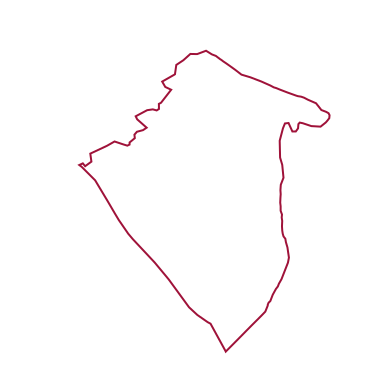 outline of Madagali, Adamawa, Nigeria, rotated 111°
{"feature_id": "59680162B31090464189446", "entity_name": "Madagali", "entity_type": "district", "adm_level": 2, "iso_a3": "NGA", "parent_name": "Nigeria", "parent_adm1": "Adamawa", "projection": "natural_earth1", "projection_center": [13.488, 10.795], "detail": "fine", "context": "isolated", "style": "outline", "palette": "rose", "viewbox_px": 384, "rotation_deg": 111, "n_neighbors": 0, "source": "geoboundaries", "source_scale": "gbopen_adm2", "svg_char_len": 1767}
<svg xmlns="http://www.w3.org/2000/svg" viewBox="0 0 384 384"><g transform="rotate(111 192 192)"><path d="M64.9,138.4L64.9,143.8L64.9,146.4L64.8,150.7L65.0,153.1L64.5,157.1L64.2,163.1L64.0,166.7L64.0,176.7L64.0,178.6L64.7,187.9L62.4,195.6L60.2,204.0L59.6,206.4L58.8,209.9L58.2,211.8L57.9,213.4L56.4,218.5L56.4,222.7L55.1,229.5L61.4,236.6L63.7,243.0L72.1,247.3L79.0,252.2L88.2,250.1L89.0,250.7L99.6,259.4L103.5,254.6L104.0,248.1L119.8,252.9L121.6,254.5L126.3,252.6L128.5,254.2L128.9,258.2L131.7,263.2L141.5,271.7L143.8,269.2L148.2,257.4L151.8,259.9L155.5,265.0L159.1,266.3L162.2,264.7L168.1,268.0L170.1,267.3L171.9,269.0L172.2,273.3L172.6,282.4L179.3,287.9L192.6,300.7L199.7,296.8L206.2,301.0L204.4,304.2L207.2,306.9L208.0,304.1L215.8,286.6L230.9,267.3L239.7,256.3L244.4,250.3L253.8,236.6L257.3,230.2L268.8,206.5L271.3,201.4L281.9,182.5L300.7,153.4L302.1,149.9L304.9,142.9L307.9,130.7L308.3,127.5L328.4,103.8L328.6,103.6L328.9,103.3L310.3,95.1L302.0,91.5L296.3,89.0L287.8,85.2L281.0,82.2L277.4,80.7L272.1,80.6L270.9,80.6L269.9,80.9L267.8,80.8L266.2,80.0L265.7,79.8L263.6,79.8L262.1,79.8L259.0,79.8L252.4,78.9L249.4,78.0L246.5,78.0L241.3,77.2L223.6,77.1L218.5,78.0L213.0,81.1L209.6,83.0L205.1,86.4L202.2,88.1L200.7,90.6L198.5,92.3L195.7,93.9L195.5,94.0L191.8,95.7L186.7,97.4L183.7,99.1L180.8,99.9L177.8,102.5L173.4,104.2L170.4,105.8L165.6,107.4L162.3,108.4L158.6,110.1L153.4,111.7L146.1,111.7L145.9,111.7L134.3,117.5L128.3,122.1L112.7,128.5L100.0,129.9L94.7,129.8L93.0,126.6L99.5,120.0L98.3,116.8L94.6,115.8L90.5,117.0L88.6,116.3L88.1,113.3L87.7,104.2L84.9,95.4L79.1,92.0L76.9,91.2L73.9,90.3L71.0,91.1L69.5,92.8L69.1,95.5L69.1,100.6L64.7,108.0L64.3,116.9L63.8,121.2L63.9,124.3L64.6,127.6L64.7,129.4L64.9,138.4Z" fill="none" stroke="#9f1239" stroke-width="2"/></g></svg>